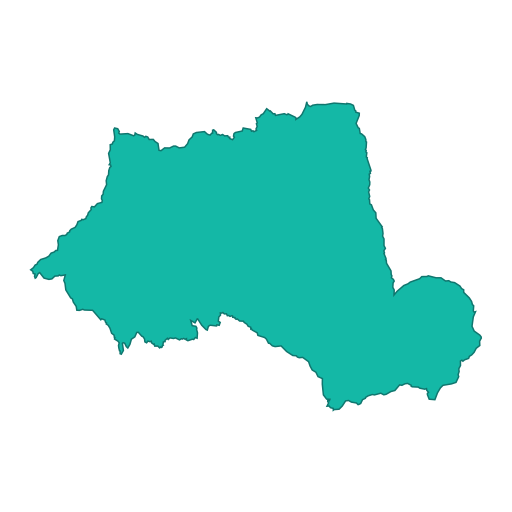 Bondowoso, Jawa Timur, Indonesia
{"feature_id": "22746128B61555758059649", "entity_name": "Bondowoso", "entity_type": "district", "adm_level": 2, "iso_a3": "IDN", "parent_name": "Indonesia", "parent_adm1": "Jawa Timur", "projection": "robinson", "projection_center": [113.922, -7.945], "detail": "fine", "context": "isolated", "style": "filled", "palette": "teal", "viewbox_px": 512, "rotation_deg": 0, "n_neighbors": 0, "source": "geoboundaries", "source_scale": "gbopen_adm2", "svg_char_len": 6067}
<svg xmlns="http://www.w3.org/2000/svg" viewBox="0 0 512 512"><path d="M463.7,289.8L461.6,288.6L459.9,286.0L454.6,282.6L450.8,282.0L448.8,280.7L445.5,281.0L441.0,277.8L436.1,277.8L428.2,275.8L427.1,276.5L421.8,276.6L419.7,278.7L410.2,282.1L408.0,283.8L403.8,285.5L397.2,291.2L394.0,295.0L394.2,290.0L392.8,287.3L393.1,282.9L394.2,281.1L393.4,279.4L391.4,277.8L391.9,275.9L391.2,274.4L391.0,270.9L386.5,263.2L386.3,260.5L385.6,259.6L386.1,259.1L385.8,258.0L383.9,253.4L384.5,252.9L383.8,250.8L385.4,248.4L384.0,245.6L384.0,238.9L382.6,236.2L383.0,233.5L382.4,228.6L381.7,227.3L382.2,226.8L376.1,218.3L375.8,212.8L373.3,209.9L371.4,204.8L369.8,203.9L369.5,199.7L368.8,198.8L369.7,196.4L368.6,191.9L369.5,190.0L368.3,188.1L369.7,184.8L369.8,182.0L369.0,179.5L369.6,176.6L369.2,174.1L370.4,173.4L369.9,171.3L370.8,171.2L371.0,170.4L367.1,158.6L367.3,157.7L366.3,157.0L366.8,152.7L365.9,151.9L366.2,150.4L365.4,149.5L366.1,147.9L366.5,142.0L365.9,141.6L365.8,139.4L364.7,136.6L361.6,133.9L360.2,133.5L359.3,128.4L358.2,127.8L356.1,123.4L359.2,115.6L359.3,113.2L355.8,112.2L355.8,111.0L354.8,110.2L353.4,105.4L350.6,104.0L346.8,103.4L346.7,104.0L334.0,103.1L325.5,104.6L317.1,104.5L312.7,105.2L310.7,106.5L308.9,105.9L307.3,104.2L306.8,101.8L305.5,107.2L302.0,114.3L299.9,116.8L295.9,119.4L296.0,118.0L295.2,117.2L288.1,113.8L287.9,114.4L286.6,114.7L284.3,113.7L275.5,115.4L274.9,113.7L273.1,113.8L270.3,110.9L269.9,111.2L266.7,108.7L263.3,113.7L261.1,114.9L259.5,117.1L257.3,118.0L255.8,117.8L257.3,122.9L256.4,123.7L257.2,126.4L256.0,129.0L256.6,130.4L253.9,131.7L253.0,130.8L251.5,131.2L250.7,129.4L243.2,128.0L242.2,131.0L235.4,132.5L234.0,133.6L233.5,136.2L234.4,137.2L232.6,139.7L229.6,138.5L229.8,137.2L228.4,137.1L227.7,135.7L224.6,135.9L222.6,134.5L220.3,135.4L218.5,134.4L217.8,134.7L216.5,133.8L216.4,132.3L213.7,129.8L212.6,130.2L212.6,133.2L211.7,133.2L210.1,135.1L207.5,134.3L204.5,131.6L196.4,132.5L193.3,133.9L192.2,136.9L189.0,139.9L187.6,143.7L184.6,147.2L179.2,147.9L175.7,146.1L173.5,146.1L169.6,148.0L164.6,147.9L161.0,150.7L159.0,150.3L158.0,143.5L155.0,141.5L153.3,139.4L149.2,139.5L147.7,137.0L145.8,136.3L144.6,137.3L142.9,136.0L137.3,134.4L135.2,133.0L134.8,135.0L133.7,135.8L127.9,133.6L120.1,134.1L118.7,133.1L119.3,131.5L117.7,128.7L114.6,128.0L113.7,129.8L114.7,136.9L114.4,140.8L112.9,142.2L112.3,144.0L110.2,144.7L110.3,149.8L108.6,153.4L110.3,162.8L109.2,164.7L110.6,165.0L111.0,166.5L109.8,167.5L108.8,170.5L108.5,174.9L107.3,176.6L106.2,180.7L106.6,184.7L103.4,191.2L103.1,194.3L101.7,195.9L101.5,198.9L102.3,200.4L101.9,202.4L97.4,203.6L94.4,206.9L91.8,206.5L90.9,208.0L91.2,209.6L88.3,212.8L87.6,215.3L86.4,216.7L85.8,218.6L83.0,219.8L81.9,219.3L81.2,220.4L78.0,221.6L76.9,224.7L75.1,227.4L71.2,229.2L69.8,230.7L69.6,231.9L67.2,233.2L66.8,234.4L65.1,235.5L62.2,235.5L59.3,236.6L57.8,240.6L58.4,244.8L57.5,250.4L55.8,250.5L54.0,252.1L51.1,253.1L48.8,256.2L45.8,257.9L40.7,259.5L37.8,262.3L36.9,264.3L35.2,265.0L33.4,267.7L30.7,269.8L32.8,271.3L33.2,273.5L35.1,274.1L34.5,276.3L35.2,278.2L36.1,277.6L38.2,273.6L39.7,272.6L44.0,278.1L48.9,279.4L51.9,278.9L54.9,276.1L58.2,275.9L59.3,275.0L60.9,275.7L65.3,274.9L63.8,280.5L65.0,283.4L65.8,289.9L70.7,297.9L72.4,298.9L73.3,302.1L76.2,306.4L76.8,310.2L79.4,310.4L82.8,309.3L84.3,310.0L92.6,310.3L100.8,319.8L101.7,318.8L104.9,320.0L105.5,322.1L106.6,323.0L106.2,323.9L108.2,325.3L110.0,328.3L111.6,333.2L114.1,335.2L114.3,337.3L114.9,337.5L114.5,339.0L118.0,341.2L119.2,342.8L118.5,345.5L118.8,347.8L119.5,350.8L120.2,351.0L120.1,353.7L121.3,354.2L123.4,350.5L122.4,343.3L123.1,342.7L124.7,343.2L126.3,346.6L127.8,348.0L129.9,344.4L131.4,339.2L134.8,336.9L136.8,332.4L138.3,332.3L141.8,336.2L143.0,336.7L144.5,338.9L144.9,341.9L146.6,342.8L147.9,341.1L150.0,341.7L151.2,341.2L151.6,342.9L153.7,344.4L154.2,344.1L154.7,346.1L157.9,346.1L159.6,347.9L160.7,347.0L161.2,347.5L162.1,347.0L162.4,345.7L163.3,345.2L162.9,344.6L163.4,341.9L165.1,341.6L165.0,340.4L167.1,338.5L167.9,339.2L168.0,338.5L168.7,339.0L170.1,337.9L173.5,338.5L175.4,337.9L179.5,339.9L181.4,338.7L182.3,339.1L183.7,338.4L185.0,339.2L186.4,338.7L186.2,339.8L187.9,340.7L192.4,339.2L193.7,339.5L195.4,337.5L197.1,338.2L197.5,332.9L196.6,329.3L196.9,328.1L195.9,326.3L192.2,325.7L190.7,320.4L195.0,322.9L197.2,318.9L197.7,318.9L201.7,325.2L205.9,329.5L207.3,330.1L208.4,326.3L210.2,325.2L216.0,325.9L216.6,325.9L216.9,324.8L219.2,325.3L220.2,322.4L218.3,321.3L218.8,317.0L220.5,315.1L220.3,312.9L221.9,313.1L222.9,312.5L224.3,313.9L226.5,313.8L227.3,315.7L228.8,315.5L230.0,316.4L232.1,315.7L232.7,316.2L232.7,317.3L235.0,317.6L235.0,318.4L236.1,319.3L237.4,319.0L239.6,321.0L243.5,321.2L244.1,322.4L246.9,324.2L248.2,326.3L250.7,327.2L250.8,329.0L251.4,328.7L252.1,330.0L257.2,332.8L257.9,335.4L264.6,337.5L266.4,339.1L268.5,343.2L269.7,343.3L272.3,345.8L275.1,346.6L281.1,345.9L286.6,351.5L292.8,355.5L296.4,355.8L297.3,357.0L299.2,357.7L302.7,357.4L308.6,361.7L310.1,366.1L312.2,370.0L315.9,372.2L318.0,376.6L322.4,378.6L322.3,384.2L323.4,394.9L326.6,399.1L329.9,399.3L329.3,400.8L327.8,400.3L327.7,401.5L328.6,402.9L327.0,406.2L329.0,406.0L330.5,407.7L333.3,408.4L333.3,410.2L334.1,409.6L339.1,409.2L342.3,406.0L345.6,400.9L348.6,400.5L351.4,402.1L356.5,403.0L358.0,404.6L358.7,404.5L360.7,403.5L362.5,399.7L365.4,398.3L365.6,397.4L368.2,395.8L372.3,394.5L374.5,394.9L380.8,393.2L383.8,394.8L386.1,394.3L391.0,391.5L394.9,390.5L399.6,384.9L401.9,385.3L404.9,383.8L407.6,383.4L411.2,385.3L411.2,386.3L412.3,386.8L418.3,387.1L419.8,388.2L424.8,389.2L426.5,388.6L426.8,390.3L428.5,392.3L427.4,393.4L427.4,394.6L429.2,399.2L434.9,399.7L437.5,392.8L440.4,387.9L443.0,385.3L451.4,383.9L456.0,382.4L458.7,376.6L458.1,374.6L459.1,371.6L458.8,368.8L460.5,365.5L460.4,361.1L461.9,360.2L462.9,361.2L464.6,359.8L468.6,358.4L469.4,356.3L471.7,354.9L474.1,352.3L476.2,348.3L479.8,345.5L479.6,341.2L481.3,338.1L481.1,336.8L479.8,335.1L474.2,331.1L472.0,326.3L473.3,316.9L475.5,311.7L474.1,312.1L473.3,310.9L473.7,305.8L472.4,304.5L471.6,301.5L469.3,297.9L463.7,292.4L463.7,289.8Z" fill="#14b8a6" stroke="#0f766e" stroke-width="1.5"/></svg>